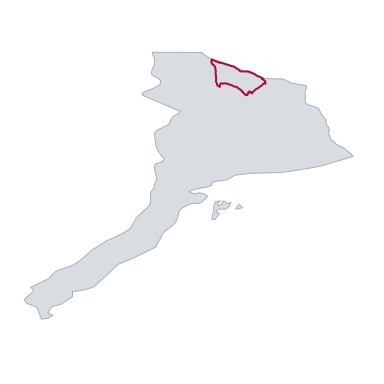 Forto, Gash Barka, Eritrea shown in context, rotated 95°
{"feature_id": "51966322B10188364788737", "entity_name": "Forto", "entity_type": "district", "adm_level": 2, "iso_a3": "ERI", "parent_name": "Eritrea", "parent_adm1": "Gash Barka", "projection": "equal_earth", "projection_center": [37.054, 15.822], "detail": "fine", "context": "in_parent", "style": "outline", "palette": "rose", "viewbox_px": 384, "rotation_deg": 95, "n_neighbors": 0, "source": "geoboundaries", "source_scale": "gbopen_adm2", "svg_char_len": 6733}
<svg xmlns="http://www.w3.org/2000/svg" viewBox="0 0 384 384"><g transform="rotate(95 192 192)"><path d="M56.2,243.7L54.9,227.6L54.0,216.9L53.1,205.5L52.2,194.7L56.2,188.1L58.0,181.9L62.8,161.5L64.6,157.5L68.3,146.6L68.9,143.4L72.5,129.7L72.2,120.6L71.4,111.4L73.4,105.9L75.2,101.6L75.1,97.9L75.9,89.3L76.5,87.2L78.6,87.1L83.1,88.2L86.4,87.3L90.2,87.3L93.1,87.1L94.8,84.4L97.2,74.5L98.7,72.5L99.9,71.8L103.3,70.0L106.1,67.1L108.5,65.0L109.3,64.6L111.8,64.3L114.2,63.1L115.4,61.7L118.5,60.6L121.5,61.2L123.6,60.0L125.0,59.2L126.5,59.1L127.9,58.0L128.5,56.2L129.4,55.1L131.8,52.5L132.9,50.6L133.4,48.7L133.8,47.2L134.9,44.7L139.0,38.3L142.6,34.6L155.2,66.7L160.3,85.7L164.9,105.6L168.3,135.4L171.5,150.6L176.7,158.1L180.3,172.4L183.3,172.9L185.5,176.8L189.2,190.2L192.0,195.1L193.3,190.9L193.2,188.4L192.1,184.3L193.0,179.0L195.1,175.8L199.9,180.1L202.5,183.4L203.3,190.0L204.4,193.6L209.4,201.3L213.6,203.6L219.1,204.1L223.7,205.8L227.3,208.7L234.3,216.5L250.0,223.4L262.8,244.5L270.3,259.1L295.0,281.3L299.3,291.9L301.6,302.4L306.7,301.9L315.7,313.3L318.3,321.9L325.6,325.1L326.8,320.0L330.3,324.2L331.8,330.7L327.2,333.3L322.1,335.6L321.3,335.5L319.7,338.5L317.3,346.8L314.6,349.2L313.2,349.4L305.2,341.7L304.0,341.2L302.3,342.7L301.0,344.3L297.3,338.5L294.5,333.3L290.7,327.2L287.0,324.4L283.0,320.9L279.1,312.9L275.1,304.0L269.2,296.7L258.2,286.2L248.1,273.0L240.3,259.1L235.3,251.9L233.2,250.0L223.0,245.5L215.8,239.2L210.3,234.0L206.9,232.6L203.6,232.4L196.7,233.4L190.9,230.2L188.5,230.2L184.6,229.2L181.5,228.1L178.0,229.5L170.6,231.8L167.6,231.3L166.0,228.0L165.0,225.5L162.5,222.9L160.4,222.9L159.2,225.3L151.6,231.1L138.7,234.4L135.7,234.1L133.4,231.8L126.9,221.7L125.1,220.1L123.6,220.0L120.6,218.8L117.8,216.8L115.3,212.7L112.9,210.4L110.2,218.4L105.6,232.5L103.1,240.1L99.9,249.8L98.9,250.1L97.2,249.4L90.8,237.3L86.8,232.7L83.8,233.1L81.6,235.4L80.2,239.4L78.7,241.9L77.1,242.9L73.6,242.4L68.2,240.5L62.7,240.9L57.0,243.7L56.2,243.7ZM206.6,163.2L208.3,166.2L209.5,165.9L210.4,164.9L211.1,162.8L217.7,166.9L217.3,169.7L213.4,169.8L208.9,168.7L204.7,169.1L199.7,167.9L198.5,163.2L201.7,165.5L203.4,164.9L203.6,164.3L201.4,161.1L198.2,160.5L198.4,158.0L199.8,157.0L200.7,155.8L198.9,152.4L202.4,153.2L204.7,155.2L206.2,157.7L206.6,163.2ZM203.8,141.6L205.2,147.0L201.1,145.0L200.5,143.8L202.2,141.7L202.6,140.4L203.8,141.6Z" fill="#d9dde1" stroke="#a8b0b8" stroke-width="1"/><path d="M90.5,145.3L90.4,145.3L90.2,145.3L89.9,145.4L89.7,145.1L89.4,145.0L89.2,145.0L89.2,144.9L88.9,144.7L88.7,144.7L88.1,144.5L87.9,144.3L87.9,144.2L87.6,144.3L87.4,144.4L87.2,144.2L87.1,143.8L87.0,143.6L87.0,143.4L87.1,143.1L87.1,142.9L87.0,142.7L87.1,142.4L87.3,142.1L87.5,141.6L88.0,141.5L88.3,141.6L88.5,141.4L88.4,141.1L88.3,140.9L88.2,140.8L88.0,140.6L87.9,140.5L87.7,140.5L87.6,140.3L87.4,140.3L86.9,139.8L86.1,139.1L85.7,138.8L85.6,138.7L85.4,138.5L85.1,138.3L84.9,138.2L84.6,137.8L84.2,137.5L84.1,137.3L83.8,136.9L83.3,136.1L83.2,135.8L83.0,135.5L82.9,135.3L82.8,135.2L82.6,135.0L82.3,134.7L82.0,134.5L81.3,133.8L80.7,132.9L80.4,132.4L80.1,132.1L79.9,131.9L79.6,131.7L79.4,131.5L79.3,131.4L79.2,131.3L79.0,131.1L78.9,131.0L78.8,130.9L78.4,130.6L78.0,130.3L77.7,129.9L77.4,129.5L77.3,129.3L77.3,129.2L77.4,128.7L77.6,128.4L77.4,128.3L77.1,128.3L76.7,128.3L76.4,128.3L76.2,128.4L76.2,128.6L75.9,128.6L75.7,128.7L75.3,128.8L75.2,128.8L75.0,129.3L74.9,129.4L74.7,129.5L74.4,129.8L74.4,130.0L74.2,130.4L74.1,130.5L73.9,130.7L73.7,130.8L73.1,131.0L72.9,131.2L72.9,131.3L73.0,131.4L73.0,131.5L73.4,131.8L73.4,132.1L73.1,132.2L72.9,132.3L72.6,132.5L72.2,132.6L71.9,132.9L71.8,133.2L71.7,133.5L71.6,133.9L71.7,134.0L71.6,134.3L71.5,134.6L71.4,134.8L71.1,135.4L71.1,135.6L71.0,135.9L70.9,136.4L70.9,136.9L70.9,137.0L70.7,137.3L70.4,137.8L70.3,138.0L70.1,138.2L70.0,138.3L69.8,138.7L69.7,138.8L69.6,139.0L69.3,139.4L69.2,139.6L69.1,139.9L69.1,140.0L68.7,140.8L68.3,142.2L68.0,142.9L67.9,143.2L67.7,143.6L67.6,143.8L67.6,144.2L67.6,144.5L67.6,145.0L67.5,145.3L67.4,145.4L67.2,145.5L67.0,146.2L67.0,147.0L67.0,148.0L67.0,148.4L67.0,148.6L67.1,149.0L67.4,149.8L67.4,150.0L67.4,150.6L67.4,151.0L67.4,151.3L67.3,151.8L67.3,152.1L67.4,152.4L67.6,153.4L67.6,153.7L67.6,154.0L67.6,154.3L67.4,154.7L66.4,155.7L64.4,159.6L64.1,160.1L64.0,160.5L63.8,160.7L63.7,160.8L63.5,161.1L63.4,161.2L63.2,163.3L63.1,163.7L62.9,164.8L62.2,167.1L62.2,167.7L61.8,169.7L61.7,169.9L61.7,170.0L61.5,170.6L61.4,171.0L61.3,171.5L60.7,174.2L60.9,175.3L60.9,175.6L60.9,175.9L60.7,176.0L60.6,176.4L60.3,177.4L60.3,177.5L60.3,177.8L59.9,178.9L59.8,179.4L59.7,179.7L59.5,180.1L59.5,180.3L59.0,181.7L58.8,182.5L58.7,182.8L58.7,183.0L58.5,183.6L58.4,183.7L58.4,183.8L58.5,183.8L58.7,184.0L58.8,184.0L59.0,184.1L59.3,184.1L59.5,184.1L59.8,184.1L60.0,184.0L60.5,184.0L60.8,184.0L61.1,183.9L61.3,183.9L61.6,183.6L61.8,183.4L62.7,182.9L62.9,182.8L63.1,182.6L63.3,182.3L63.7,181.5L63.9,181.3L64.1,181.1L64.2,180.9L64.3,180.8L65.4,180.0L65.9,179.7L66.8,179.5L67.3,179.4L68.0,179.3L68.2,179.2L68.5,179.2L68.8,179.1L69.6,178.8L71.1,178.9L71.8,178.9L72.2,178.8L72.7,178.7L72.8,178.6L73.1,178.5L73.9,178.3L74.3,178.2L74.9,178.1L75.0,178.1L75.4,178.1L75.8,178.1L76.1,178.0L76.3,177.9L76.7,177.8L77.1,177.8L77.8,177.8L78.8,177.8L79.9,177.8L80.1,177.8L80.6,177.4L80.8,177.2L81.0,177.0L81.2,176.8L81.3,176.8L81.5,176.7L82.1,176.5L82.7,176.3L82.9,176.3L83.0,176.2L83.3,176.2L83.5,176.0L83.8,175.8L83.9,175.6L83.9,175.4L84.0,175.0L84.0,174.8L84.2,174.6L84.5,174.4L84.7,174.1L84.7,173.9L84.7,173.7L84.6,173.4L84.3,173.4L84.0,173.3L83.9,173.4L83.7,173.3L83.4,173.3L83.0,173.3L82.8,173.3L82.7,173.3L82.3,173.3L82.2,173.3L81.7,173.2L81.4,172.7L81.2,172.3L81.2,172.0L81.2,171.6L81.4,171.0L81.4,170.8L81.4,170.6L81.2,170.1L81.2,169.9L81.1,169.7L81.0,169.3L81.0,169.0L81.0,168.7L81.0,168.2L81.0,167.8L80.9,167.6L80.9,167.4L80.9,166.9L80.9,166.7L80.9,166.4L81.0,166.1L81.0,165.9L81.4,165.7L81.5,165.5L81.6,165.3L81.7,165.1L81.7,164.9L81.7,164.7L81.7,164.3L81.7,164.1L81.7,163.6L81.7,163.3L81.7,163.2L81.8,162.9L81.9,162.6L82.1,162.2L82.3,161.6L82.4,161.1L82.5,160.7L82.7,160.3L83.0,160.0L83.2,159.7L83.3,159.2L83.3,158.9L83.3,158.5L83.3,158.2L83.2,158.1L83.3,157.7L83.3,157.4L83.4,157.1L83.5,156.9L83.7,156.4L83.8,156.2L83.9,155.9L84.0,155.9L84.2,155.5L84.6,155.2L84.6,154.9L84.7,154.5L84.9,154.3L85.0,154.1L85.2,153.9L85.3,153.6L85.5,153.4L85.7,153.1L85.8,152.6L86.0,152.5L86.3,152.2L86.5,151.8L86.5,151.7L86.8,151.6L86.9,151.4L87.2,151.2L87.4,151.1L87.5,151.0L87.6,150.8L87.7,150.6L87.8,150.3L87.8,150.2L88.1,150.2L88.4,149.8L88.7,149.6L88.8,149.4L89.3,148.6L89.5,148.5L89.8,148.4L89.9,148.2L90.0,147.9L90.1,148.0L90.2,147.9L90.3,147.6L90.3,147.4L90.4,147.2L90.5,147.1L90.6,146.9L90.8,146.6L90.6,146.3L90.6,146.2L90.7,145.9L90.7,145.7L90.5,145.3Z" fill="none" stroke="#9f1239" stroke-width="2"/></g></svg>